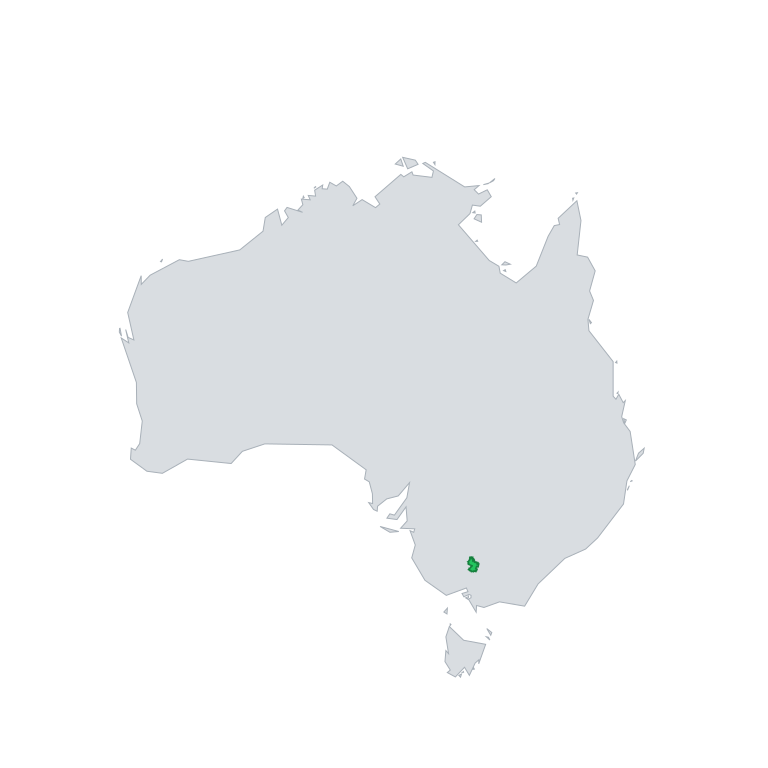 Campaspe, Victoria, Australia (highlighted), rotated 21°
{"feature_id": "25037944B18187162419032", "entity_name": "Campaspe", "entity_type": "district", "adm_level": 2, "iso_a3": "AUS", "parent_name": "Australia", "parent_adm1": "Victoria", "projection": "orthographic", "projection_center": [144.612, -36.323], "detail": "fine", "context": "in_parent", "style": "filled", "palette": "green", "viewbox_px": 768, "rotation_deg": 21, "n_neighbors": 0, "source": "geoboundaries", "source_scale": "gbopen_adm2", "svg_char_len": 6458}
<svg xmlns="http://www.w3.org/2000/svg" viewBox="0 0 768 768"><g transform="rotate(21 384 384)"><path d="M509.3,160.8L518.1,194.3L528.6,192.6L540.6,202.7L542.6,223.5L549.6,230.9L551.2,250.5L556.2,260.8L589.9,281.0L602.3,313.3L606.0,315.1L606.9,309.5L614.0,315.7L615.2,313.0L617.6,329.3L621.7,334.4L630.8,340.1L647.4,369.1L645.5,387.4L650.6,410.2L638.6,451.1L631.4,465.8L615.3,482.0L599.5,515.4L594.9,541.0L569.9,546.0L557.4,556.8L549.8,557.6L551.8,564.0L540.0,554.6L541.8,552.4L541.0,550.1L538.8,550.0L534.8,554.0L531.9,551.6L536.8,547.8L534.0,544.9L517.9,559.0L492.6,552.6L472.2,536.4L470.9,523.1L460.9,511.6L464.9,511.8L464.6,508.2L451.2,512.7L454.7,503.5L448.6,490.8L444.7,505.9L434.8,508.2L436.0,503.1L440.7,502.7L446.1,482.0L443.2,466.9L437.4,483.4L427.7,490.3L421.8,500.4L423.2,505.2L419.2,504.9L412.2,500.2L416.2,499.7L412.5,490.6L405.3,480.6L399.9,479.7L398.1,470.5L357.3,459.5L294.2,482.6L275.9,497.6L269.8,513.0L227.5,524.5L209.1,546.8L193.9,550.4L174.3,545.1L171.0,534.4L175.6,534.9L177.3,527.2L171.6,505.2L160.2,491.1L152.3,471.3L122.2,435.2L131.0,437.1L123.3,425.7L128.4,432.2L134.7,432.5L119.1,409.1L118.5,369.9L121.7,378.0L126.7,366.2L148.4,341.3L157.4,339.6L201.3,310.5L216.3,284.7L213.5,271.1L221.9,258.9L231.7,272.4L235.0,262.9L229.1,258.0L230.2,253.9L246.5,252.9L241.3,252.5L244.0,245.7L240.6,241.0L249.1,238.5L245.7,235.1L252.8,233.1L249.8,227.9L255.5,220.2L256.3,223.9L261.2,222.4L261.1,215.1L268.5,216.2L272.8,209.5L280.9,212.1L292.2,220.3L291.0,228.8L297.5,219.7L312.9,222.4L315.6,217.5L308.5,212.4L324.6,182.3L328.2,183.5L334.0,175.9L336.3,178.5L354.7,173.9L353.8,167.4L341.2,164.2L343.1,162.3L388.7,171.1L401.6,164.7L398.6,170.3L404.2,172.8L410.8,165.7L417.0,170.7L410.2,183.5L402.4,185.3L403.2,194.1L396.4,208.7L438.0,231.0L449.1,232.9L452.8,238.9L471.2,242.3L483.9,219.4L484.3,187.2L486.2,175.1L490.8,172.2L487.2,166.9L498.4,143.8L509.3,160.8ZM531.9,587.0L550.2,594.7L572.2,590.6L572.7,611.3L571.4,607.5L569.1,611.8L568.1,625.4L560.7,619.6L555.6,631.9L546.5,630.7L548.4,627.3L540.4,621.3L537.3,610.7L540.9,612.6L532.4,597.9L531.9,587.0ZM320.2,165.7L333.0,163.8L337.1,166.7L329.0,174.6L320.2,165.7ZM431.4,518.4L450.7,516.4L442.7,520.3L431.4,518.4ZM414.2,191.3L417.1,198.0L408.9,197.5L410.0,192.5L414.2,191.3ZM646.4,365.8L646.4,357.4L649.9,350.7L650.8,355.8L646.4,365.8ZM567.6,575.5L573.7,577.4L573.7,580.3L567.6,575.5ZM319.0,167.9L323.9,173.8L315.7,174.6L319.0,167.9ZM525.2,576.1L521.6,575.4L523.5,570.5L525.2,576.1ZM459.0,226.9L455.2,229.2L451.3,230.5L453.1,226.5L459.0,226.9ZM121.8,433.4L118.3,430.4L117.2,426.9L117.6,426.6L121.8,433.4ZM572.3,583.0L574.6,585.1L570.1,583.3L572.3,583.0ZM620.2,330.5L623.1,330.7L622.9,334.4L620.2,330.5ZM552.2,250.2L555.7,252.4L555.0,253.7L552.2,250.2ZM560.3,627.0L560.5,630.3L558.3,629.2L560.3,627.0ZM649.5,391.0L649.4,395.6L649.1,395.5L649.5,391.0ZM352.9,160.9L350.7,159.3L352.0,158.2L352.9,160.9ZM413.4,154.9L410.3,158.6L413.9,152.4L413.4,154.9ZM650.4,385.5L648.9,386.9L649.9,385.3L650.4,385.5ZM420.3,217.2L418.5,218.0L419.4,216.3L420.3,217.2ZM407.8,191.7L405.5,192.2L406.8,190.0L407.8,191.7ZM132.5,346.7L132.5,349.7L131.5,349.8L132.5,346.7ZM494.5,142.3L494.5,144.7L493.5,143.0L494.5,142.3ZM538.8,551.3L539.3,552.8L538.7,552.4L538.8,551.3ZM409.5,159.6L405.3,162.3L409.7,159.0L409.5,159.6ZM249.7,224.5L248.4,226.4L249.2,224.3L249.7,224.5ZM561.6,624.6L560.5,625.2L561.2,624.0L561.6,624.6ZM457.4,235.3L455.0,235.3L456.2,233.8L457.4,235.3ZM242.7,238.6L241.7,239.7L241.4,237.6L242.7,238.6ZM570.5,617.8L568.9,618.7L569.5,616.9L570.5,617.8ZM496.0,136.1L495.7,137.7L494.5,137.0L496.0,136.1ZM537.9,553.4L539.5,554.9L536.8,554.4L537.9,553.4ZM594.0,281.0L592.5,281.0L593.1,279.2L594.0,281.0ZM605.6,309.2L604.8,309.1L605.4,307.7L605.6,309.2ZM532.7,584.5L532.3,585.8L531.8,584.2L532.7,584.5Z" fill="#d9dde1" stroke="#a8b0b8" stroke-width="1"/><path d="M528.2,514.4L527.8,514.2L527.6,514.2L527.5,514.3L527.4,514.3L527.3,514.5L527.5,514.5L527.4,514.8L527.2,514.8L527.3,514.9L526.9,514.9L526.7,514.8L526.4,514.9L526.3,515.2L526.7,515.7L526.7,515.8L526.5,516.0L526.8,516.3L526.9,516.6L527.0,516.6L526.9,516.9L526.9,517.0L527.0,517.1L527.1,517.5L526.9,517.6L526.9,517.8L526.7,517.8L526.7,518.1L526.6,518.3L526.7,518.5L526.6,518.8L526.5,519.0L526.5,519.3L526.4,519.4L526.5,519.4L526.5,519.5L526.5,519.8L526.6,520.9L527.2,520.9L527.2,521.8L527.6,521.8L527.6,522.0L528.1,522.1L528.3,522.0L528.5,522.2L528.4,522.1L531.4,522.1L531.4,522.4L531.3,522.5L531.4,522.8L531.3,523.0L531.2,523.0L530.9,523.2L530.8,523.3L530.8,523.5L530.8,523.4L530.7,523.5L530.8,523.6L530.7,523.7L530.7,523.8L530.8,523.9L530.9,524.0L530.8,523.9L530.6,524.0L530.6,524.3L530.4,524.4L530.4,524.5L530.5,524.6L530.4,524.8L530.4,525.0L530.1,525.3L530.0,525.5L529.9,525.6L529.9,525.8L529.6,526.0L529.7,526.4L529.7,526.5L529.6,526.4L529.6,526.5L529.6,526.8L529.5,527.0L531.4,527.0L531.3,527.5L532.0,527.5L532.3,527.4L532.4,527.5L532.4,527.4L532.6,527.3L534.6,527.3L534.6,526.6L535.3,526.6L535.6,526.1L535.7,526.3L535.9,526.3L535.9,526.2L536.0,525.8L536.5,526.2L537.0,526.2L537.0,524.9L537.3,524.9L537.3,524.5L537.3,524.1L537.3,523.5L535.8,523.5L535.8,522.4L535.8,521.2L537.3,521.2L537.3,520.3L537.1,520.3L537.1,518.7L536.9,518.7L536.7,518.5L536.7,518.4L536.6,518.5L536.5,518.4L536.5,518.5L536.4,518.4L536.3,518.5L536.2,518.5L536.2,518.4L535.9,518.4L535.9,518.2L535.8,518.3L535.8,518.2L535.8,518.3L535.7,518.3L535.6,518.2L535.4,518.0L535.5,517.9L535.4,517.8L535.4,517.7L535.3,517.8L535.2,517.8L535.1,517.7L535.1,517.8L535.0,517.7L534.9,517.7L534.7,517.7L534.5,517.4L534.4,517.3L534.5,517.3L534.4,517.3L534.3,517.2L534.2,517.2L534.2,517.3L534.1,517.2L534.2,517.3L533.9,517.4L533.7,517.3L533.7,517.2L533.7,517.3L533.7,517.5L533.4,517.5L533.2,517.6L533.1,517.8L532.9,517.7L533.0,517.7L532.9,517.8L532.7,517.9L532.6,517.7L532.4,517.8L532.3,517.6L532.1,517.6L532.1,517.4L532.0,517.2L531.9,517.3L531.7,517.3L531.5,517.2L531.6,516.9L531.5,517.0L531.4,517.0L531.2,517.0L531.2,516.7L531.1,516.8L531.0,516.6L530.9,516.7L530.9,516.9L530.8,517.0L530.7,517.1L530.7,516.9L530.7,516.6L530.8,516.5L530.7,516.5L530.7,516.4L530.6,516.5L530.4,516.6L530.3,516.4L530.3,516.2L530.2,516.3L530.2,516.2L529.9,516.0L529.9,515.9L529.7,515.8L529.5,515.7L529.4,515.5L529.5,515.4L529.4,515.4L529.4,515.5L529.3,515.4L529.3,515.5L529.2,515.4L529.1,515.2L528.9,515.1L529.0,515.0L528.9,515.0L528.9,514.9L528.8,515.0L528.8,514.9L528.6,514.9L528.5,514.7L528.4,514.7L528.4,514.4L528.3,514.5L528.2,514.5L528.2,514.4L528.2,514.4Z" fill="#22c55e" stroke="#15803d" stroke-width="1.5"/></g></svg>